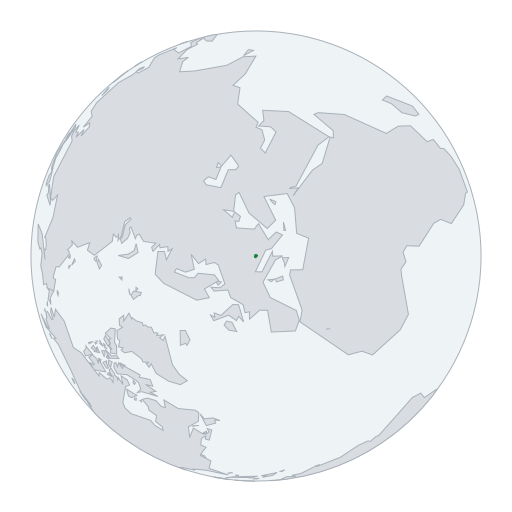 Tuzla highlighted on a globe, orthographic projection, rotated 253°
{"feature_id": "BIH-2887", "entity_name": "Tuzla", "entity_type": "Canton", "adm_level": 1, "iso_a3": "BIH", "parent_name": "Bosnia and Herzegovina", "parent_adm1": "", "projection": "orthographic", "projection_center": [18.577, 44.534], "detail": "fine", "context": "on_globe", "style": "filled", "palette": "green", "viewbox_px": 512, "rotation_deg": 253, "n_neighbors": 0, "source": "natural_earth", "source_scale": "10m", "svg_char_len": 11137}
<svg xmlns="http://www.w3.org/2000/svg" viewBox="0 0 512 512"><g transform="rotate(253 256 256)"><circle cx="256" cy="256" r="225" fill="#eef3f6" stroke="#a8b0b8"/><path d="M147.1,58.8L152.6,55.9L166.2,51.9L159.8,54.6L163.8,53.8L172.0,50.6L176.5,48.8L201.4,45.5L228.9,41.2L236.5,38.3L235.7,40.6L249.4,34.6L263.7,33.6L248.2,35.9L247.1,37.1L257.1,36.7L258.2,37.9L263.6,38.6L263.9,40.3L254.9,42.1L254.9,43.4L262.0,43.1L266.8,45.0L256.4,45.2L263.7,48.7L249.9,53.5L221.8,54.6L214.7,60.5L187.2,70.8L190.3,72.0L181.8,77.4L182.2,81.0L177.0,82.4L181.8,84.1L186.5,82.2L190.2,82.5L190.8,84.6L184.3,86.5L183.0,85.8L181.5,87.5L177.9,87.6L180.0,88.7L172.0,91.2L180.8,92.0L175.2,96.6L169.7,97.4L169.2,93.1L155.0,85.9L149.2,86.2L141.6,90.6L129.6,107.2L123.6,109.7L116.4,116.2L120.1,116.5L127.1,111.6L132.3,114.3L140.2,108.5L143.5,109.0L152.1,105.2L151.9,110.5L147.0,117.9L139.9,121.4L137.6,125.0L145.3,125.8L132.9,137.0L126.3,152.8L122.9,155.5L114.8,152.5L112.4,141.4L101.8,139.5L109.8,145.8L101.3,153.2L100.4,156.8L101.5,159.6L105.2,158.9L102.5,162.8L93.6,157.5L95.9,153.9L98.7,155.4L97.5,150.5L91.5,147.9L87.7,152.3L82.6,145.1L79.8,148.4L77.2,149.0L81.9,144.1L73.2,153.0L66.7,149.0L54.7,165.4L65.2,146.7L68.3,139.5L70.9,132.7L68.9,135.2L75.1,124.1L76.1,120.8L71.8,126.3L82.1,112.8L93.4,100.1L105.6,88.3L118.7,77.4L132.5,67.6L147.1,58.8ZM55.8,152.7L57.0,150.8L54.2,157.4L50.0,164.9L55.8,152.7ZM47.7,170.2L43.4,182.0L40.8,189.2L47.7,170.2ZM36.6,204.7L36.1,207.1L34.3,217.1L35.3,215.7L36.0,220.5L33.5,229.9L35.8,226.2L34.9,235.3L37.7,251.9L36.9,252.7L38.9,278.0L45.0,298.4L46.4,308.9L45.3,311.3L48.3,317.9L48.4,320.8L64.0,346.4L75.0,364.2L76.7,373.5L71.4,375.5L75.9,390.3L70.9,384.4L61.7,369.9L53.5,354.8L46.6,339.1L40.9,322.9L36.4,306.3L33.2,289.4L31.3,272.4L30.7,255.2L31.4,238.1L33.5,221.0L34.6,214.4L35.7,209.0L36.6,204.7ZM51.5,169.8L44.9,193.2L45.4,185.1L45.9,185.4L48.2,178.2L51.5,167.9L52.8,161.8L51.5,169.8ZM55.8,168.4L56.6,165.1L56.3,167.7L55.8,168.4ZM178.3,47.9L172.1,50.5L164.3,53.1L169.3,50.7L178.3,47.9ZM193.2,44.2L190.6,45.4L186.4,45.5L189.2,44.7L193.2,44.2ZM241.8,36.2L236.5,36.9L241.2,35.9L241.8,36.2ZM264.3,38.4L265.4,38.0L267.8,38.6L264.3,38.4ZM151.6,102.7L151.8,103.9L150.1,103.9L151.6,102.7ZM155.1,100.0L153.0,99.1L154.3,97.7L155.6,98.3L155.1,100.0ZM270.4,41.9L273.8,43.3L268.8,42.1L270.4,41.9ZM157.4,101.4L157.0,95.4L159.4,93.1L166.4,93.4L157.4,101.4ZM274.8,44.3L283.1,48.1L286.4,47.1L281.8,52.4L276.2,47.1L269.5,45.7L274.0,45.5L274.8,44.3ZM187.7,80.8L182.7,82.9L186.3,79.3L187.7,80.8ZM189.1,78.4L194.6,67.9L202.3,66.2L198.9,69.9L208.3,66.5L209.3,70.8L204.3,73.6L199.2,73.8L203.5,75.4L189.1,78.4ZM277.9,54.9L278.6,56.2L276.1,55.2L277.9,54.9ZM191.9,82.3L192.4,80.2L199.0,78.5L199.4,82.5L197.1,81.7L191.9,82.3ZM210.3,63.7L215.3,63.4L217.5,66.7L219.7,67.0L210.0,70.8L210.3,63.7ZM195.9,83.2L199.3,84.6L196.8,87.4L191.9,84.3L195.9,83.2ZM200.6,76.5L203.8,75.9L202.1,77.5L200.6,76.5ZM189.7,98.6L190.1,95.8L193.6,94.6L189.7,98.6ZM200.8,85.0L201.7,84.0L203.1,83.3L204.8,84.9L200.8,85.0ZM212.2,73.0L212.0,74.6L216.3,71.6L218.1,74.2L211.3,76.3L215.0,76.5L215.5,77.4L209.3,78.2L212.2,73.0ZM210.8,84.4L202.7,88.5L201.2,93.8L198.0,94.9L201.0,86.2L210.8,84.4ZM210.5,80.7L209.9,83.2L206.3,83.1L204.4,81.4L210.5,80.7ZM221.8,75.3L220.8,70.7L222.3,70.5L221.8,75.3ZM211.0,85.9L213.0,84.9L211.4,86.3L211.0,85.9ZM219.3,78.5L218.7,76.8L220.5,76.6L219.3,78.5ZM217.3,84.5L214.7,85.7L213.3,84.5L217.3,84.5ZM218.8,81.7L221.4,81.8L214.4,83.3L218.3,81.0L218.8,81.7ZM221.0,78.5L221.9,77.8L221.0,79.3L221.0,78.5ZM224.0,88.7L215.6,90.9L212.6,88.1L221.2,86.2L224.0,88.7ZM143.2,372.3L127.3,338.5L134.0,329.5L134.5,315.4L180.2,278.8L190.8,284.3L227.8,282.6L232.6,284.9L229.2,296.7L257.7,311.5L265.8,301.5L290.7,307.0L306.6,304.1L310.6,281.0L284.5,285.3L279.0,274.8L299.1,261.9L321.8,258.4L320.4,254.3L305.3,247.7L309.7,238.5L299.9,244.7L304.5,248.4L298.5,252.7L294.0,249.6L295.7,246.3L288.6,245.5L282.2,262.2L286.2,267.8L268.1,272.5L273.0,282.4L268.4,287.5L258.5,272.8L258.8,267.0L241.1,250.8L239.1,257.1L255.7,273.1L250.9,272.0L248.3,281.6L246.5,273.4L228.9,255.0L212.1,257.5L192.1,278.6L182.0,278.6L172.8,271.8L178.8,248.4L200.7,251.2L203.1,243.7L197.5,231.3L204.6,233.4L205.0,228.9L213.2,229.5L223.6,219.7L231.7,219.2L234.7,205.6L239.3,203.8L236.2,212.2L238.4,218.1L258.5,217.3L262.0,214.2L262.4,205.7L267.8,206.9L265.6,198.7L276.6,194.5L261.3,193.1L261.2,183.8L267.3,176.3L264.5,173.3L254.7,185.6L253.3,190.8L256.4,195.6L250.1,210.7L243.4,213.2L239.6,197.1L229.8,199.2L231.1,186.4L256.8,159.8L268.1,154.2L289.0,163.6L287.0,169.8L278.5,169.2L287.4,177.9L286.2,173.2L290.8,174.5L291.9,166.6L295.2,167.1L290.6,158.9L294.8,158.7L297.6,163.9L302.8,152.8L311.1,150.7L310.7,148.0L307.9,145.7L320.3,145.0L319.5,143.0L315.1,142.5L310.5,138.4L307.3,131.2L311.8,131.3L313.6,133.9L324.0,140.0L328.0,147.4L329.5,146.8L327.1,140.4L314.4,132.9L311.2,128.6L317.6,131.2L315.0,129.9L314.8,127.8L318.8,126.0L312.0,122.8L303.9,101.6L310.8,96.5L317.4,100.9L316.5,87.9L324.4,84.3L320.3,83.6L317.1,77.7L314.6,78.6L312.4,77.9L303.0,64.4L304.3,61.7L295.7,56.2L293.6,56.0L292.2,57.6L281.8,52.4L286.4,47.1L290.9,47.7L290.7,44.5L301.0,46.6L309.5,47.3L320.9,52.2L326.6,52.7L325.9,51.4L333.1,51.5L350.4,57.1L339.7,58.0L314.2,53.2L324.9,55.3L323.4,56.7L327.9,58.7L335.3,60.4L335.6,59.4L352.5,73.3L372.4,84.1L368.6,77.7L372.0,76.6L391.3,85.9L419.8,113.8L424.6,114.7L428.7,118.4L432.9,125.2L427.1,120.0L426.3,122.3L422.3,118.6L427.2,128.6L421.8,123.8L428.2,134.4L431.9,135.9L429.7,128.5L437.6,140.3L442.5,140.6L449.3,148.5L462.0,175.3L465.6,191.7L467.1,195.4L465.3,196.7L467.8,208.7L475.1,216.7L476.6,221.8L478.4,241.3L477.5,237.8L472.7,241.4L475.4,255.6L479.2,255.9L480.6,264.4L479.3,268.0L477.4,261.1L475.6,262.0L473.6,250.5L467.3,239.1L465.7,249.4L463.4,242.8L454.5,236.8L450.9,251.3L446.9,283.9L450.3,301.8L447.2,314.4L433.3,299.0L425.9,283.9L421.6,289.9L406.7,282.9L383.2,297.1L379.2,293.7L374.9,298.6L364.3,298.2L357.9,291.8L351.8,295.0L368.7,311.4L375.2,307.9L379.6,296.5L383.2,303.2L393.4,305.0L384.6,329.4L348.6,360.7L344.0,347.8L311.0,314.5L311.4,309.4L311.2,308.9L310.7,308.0L308.8,316.4L302.8,309.1L321.5,334.9L325.2,346.4L348.1,361.7L346.2,364.5L353.3,366.5L374.5,352.8L374.9,357.4L365.5,381.8L335.1,416.5L338.6,430.0L335.4,441.8L315.2,453.1L315.7,459.6L305.1,463.8L303.6,467.2L294.4,471.6L279.4,475.7L255.4,476.9L254.8,474.8L244.2,469.6L229.9,452.3L237.0,443.4L235.3,435.5L217.7,414.8L221.7,403.3L216.7,397.7L206.7,397.8L200.9,390.7L194.7,389.5L155.6,384.7L143.2,372.3ZM165.6,301.6L164.7,305.8L165.6,301.6ZM346.9,265.8L359.8,261.6L352.1,249.5L356.4,247.1L352.2,244.1L351.5,248.7L340.9,240.0L345.7,233.6L343.2,227.9L338.7,229.1L331.6,242.4L346.6,254.7L344.5,261.7L346.9,265.8ZM37.9,252.3L37.9,256.1L37.2,253.5L37.9,252.3ZM43.8,187.4L43.2,191.0L42.4,194.2L42.5,192.0L43.8,187.4ZM43.0,216.3L43.1,221.0L42.3,217.6L43.0,216.3ZM44.3,196.7L42.8,212.9L41.3,207.5L42.5,197.5L42.6,202.2L44.3,196.7ZM52.6,171.7L51.9,174.5L51.0,175.4L52.6,171.7ZM55.5,170.4L55.5,169.7L56.6,167.4L55.5,170.4ZM101.9,153.5L102.5,154.1L102.9,157.4L101.2,156.9L101.9,153.5ZM113.8,167.4L109.2,173.4L111.3,168.5L108.0,168.6L108.3,158.9L121.3,156.4L115.3,159.1L113.8,167.4ZM112.2,145.9L110.6,151.9L111.9,145.5L112.2,145.9ZM199.2,205.3L202.4,208.7L199.7,213.6L189.4,215.5L193.1,208.3L199.2,205.3ZM207.4,212.5L206.5,196.7L212.9,195.3L209.5,198.7L213.8,199.4L209.4,205.1L216.4,219.7L214.5,225.1L196.5,224.9L203.4,221.8L199.9,218.5L207.4,212.5ZM193.0,163.2L192.7,157.5L206.9,161.7L205.5,166.6L195.2,168.4L190.7,163.8L193.0,163.2ZM169.8,103.7L168.7,102.1L170.6,101.4L172.9,102.2L169.8,103.7ZM189.6,97.4L176.2,110.3L174.3,109.0L168.7,118.7L161.6,119.2L165.5,112.8L155.8,120.7L156.5,115.2L150.4,121.1L159.8,106.8L160.0,102.5L162.5,107.0L169.0,106.6L171.9,105.1L180.2,97.9L183.9,89.0L190.9,87.5L194.9,88.9L195.1,90.8L190.5,91.1L194.1,93.5L187.5,95.3L189.6,97.4ZM237.9,112.2L232.4,110.5L238.5,117.8L232.0,118.8L233.1,119.6L228.8,122.7L225.4,127.9L222.3,127.7L222.4,129.9L219.5,132.1L218.5,135.1L212.6,135.8L210.9,139.7L209.0,137.8L207.7,144.4L206.1,139.9L202.2,142.7L205.8,145.5L176.3,144.3L165.2,148.0L156.9,153.8L155.1,146.0L161.8,135.9L172.7,126.3L183.6,124.2L180.8,121.3L185.3,119.6L185.6,122.6L187.7,116.9L191.4,116.4L201.1,109.3L201.8,102.1L205.4,99.5L206.9,102.1L209.4,97.8L214.7,101.0L217.4,99.4L225.4,101.2L226.9,107.5L229.7,105.2L235.9,106.8L237.9,112.2ZM226.2,89.3L229.5,96.1L227.5,100.1L214.5,95.4L211.3,96.4L202.9,94.1L205.9,88.4L208.0,89.5L210.8,89.4L208.7,91.2L212.5,89.6L215.5,91.3L219.2,90.6L219.3,92.9L226.2,89.3ZM237.5,280.5L241.0,281.1L246.6,280.6L245.0,286.8L237.5,280.5ZM225.2,268.1L228.4,267.5L229.0,275.6L225.2,275.1L225.2,268.1ZM229.7,260.5L228.5,266.8L227.0,263.2L229.7,260.5ZM239.1,211.3L242.4,210.3L242.9,212.2L241.3,215.3L239.1,211.3ZM254.7,135.7L251.9,133.7L252.7,132.6L250.3,126.1L254.9,125.1L258.2,128.6L254.7,135.7ZM306.4,285.7L302.1,290.9L299.6,289.2L301.6,287.8L306.4,285.7ZM272.3,290.1L280.4,292.2L271.8,291.7L272.3,290.1ZM259.3,133.5L257.8,130.9L261.1,132.1L259.3,133.5ZM258.2,124.1L262.0,124.8L255.2,124.3L258.2,124.1ZM370.9,427.6L353.5,449.6L343.8,453.1L343.2,449.4L350.4,437.4L362.1,430.0L368.2,422.5L370.9,427.6ZM479.8,281.4L479.2,283.6L474.3,276.8L476.1,271.6L480.5,268.8L480.4,272.1L480.7,271.5L479.8,281.4ZM481.3,253.8L481.1,247.4L481.0,245.4L481.3,253.8ZM451.2,302.7L455.6,309.0L453.4,313.6L451.2,302.7ZM475.2,203.9L472.8,195.0L473.1,195.7L475.2,203.9ZM470.8,188.0L470.5,187.3L469.8,185.2L470.5,187.3L470.8,188.0ZM469.3,200.0L469.6,204.8L468.5,202.6L467.4,195.1L469.3,200.0ZM454.5,155.4L458.7,162.0L460.2,165.0L458.3,162.9L454.5,155.4ZM296.8,124.4L295.1,134.2L296.9,141.2L302.8,145.0L293.8,144.2L290.9,133.3L296.8,124.4ZM302.5,104.2L297.4,101.5L300.0,100.2L301.6,100.7L302.5,104.2ZM299.1,104.3L292.1,105.6L289.4,102.5L295.5,102.1L299.1,104.3ZM275.8,119.0L275.0,121.8L272.3,120.7L275.8,119.0ZM469.2,183.2L469.9,185.5L464.9,173.5L463.6,169.7L468.0,180.0L468.0,179.9L469.2,183.2ZM428.6,114.2L426.0,112.1L423.5,108.4L426.0,110.9L428.6,114.2ZM412.8,95.7L422.0,106.8L428.9,116.5L429.1,115.6L434.8,122.3L432.0,120.9L423.6,110.5L419.2,104.1L414.0,99.4L408.0,93.0L402.2,89.2L398.1,85.6L401.9,87.3L412.8,95.7ZM399.9,87.9L387.7,80.5L385.0,76.1L387.1,76.8L393.8,81.9L394.8,83.8L399.9,87.9ZM384.0,77.5L384.8,79.5L368.8,75.7L364.7,73.9L375.5,73.8L376.9,75.7L381.3,77.7L384.0,77.5ZM280.8,55.9L278.8,56.2L279.6,55.1L280.8,55.9ZM311.1,78.6L308.2,77.5L309.3,76.1L311.1,78.6ZM300.9,73.7L301.7,76.1L299.0,73.5L300.9,73.7ZM303.9,81.7L301.1,77.0L306.4,81.6L303.9,81.7Z" fill="#d9dde1" stroke="#a8b0b8" stroke-width="1"/><path d="M255.2,255.8L255.3,255.8L255.5,255.8L255.5,255.7L255.4,255.5L255.1,255.4L254.9,255.3L254.7,255.2L254.9,255.0L255.1,255.0L255.2,254.9L255.3,254.8L255.3,254.7L255.5,254.5L255.8,254.5L256.0,254.6L256.4,254.7L256.5,254.8L256.5,255.1L256.6,255.3L256.4,255.5L256.5,255.6L256.7,255.9L256.8,256.0L256.9,255.9L257.0,255.8L257.0,255.7L257.3,255.7L257.3,255.9L257.3,256.2L257.2,256.2L257.2,256.3L256.9,256.4L256.7,256.5L256.5,256.8L256.5,257.0L256.6,257.3L256.5,257.5L256.5,257.4L256.3,257.4L256.1,257.4L255.9,257.3L255.9,257.2L255.8,256.9L255.7,256.8L255.5,256.7L255.4,256.5L255.2,256.4L255.2,256.2L255.2,255.9L255.2,255.8Z" fill="#22c55e" stroke="#15803d" stroke-width="1.5"/></g></svg>